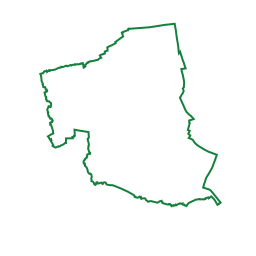 Bang Len, Nakhon Pathom, Thailand, rotated 346°
{"feature_id": "78962969B43519510241877", "entity_name": "Bang Len", "entity_type": "district", "adm_level": 2, "iso_a3": "THA", "parent_name": "Thailand", "parent_adm1": "Nakhon Pathom", "projection": "albers", "projection_center": [100.172, 14.035], "detail": "fine", "context": "isolated", "style": "outline", "palette": "green", "viewbox_px": 256, "rotation_deg": 346, "n_neighbors": 0, "source": "geoboundaries", "source_scale": "gbopen_adm2", "svg_char_len": 5613}
<svg xmlns="http://www.w3.org/2000/svg" viewBox="0 0 256 256"><g transform="rotate(346 128 128)"><path d="M197.0,66.6L195.5,67.8L195.6,66.2L195.9,64.8L196.3,62.2L196.8,57.4L197.0,54.5L197.4,50.1L198.1,44.5L198.1,43.5L198.5,38.2L188.3,36.8L183.4,36.4L173.4,35.5L154.0,32.2L152.4,32.1L152.5,31.8L152.3,31.8L151.7,33.2L150.6,33.1L146.2,33.7L146.2,34.0L145.1,34.0L145.4,38.0L142.7,39.0L138.1,40.9L136.5,41.5L136.7,42.6L133.6,43.5L128.4,44.5L127.7,44.5L127.3,45.1L127.3,46.6L126.8,47.5L126.8,48.0L124.4,48.1L124.3,48.4L123.9,48.5L123.5,50.2L121.9,50.1L121.8,50.4L119.2,50.4L118.2,50.8L119.0,53.4L117.8,53.5L116.7,53.8L116.3,53.9L116.0,54.3L115.0,54.6L113.9,54.5L113.4,54.4L112.3,54.6L111.4,54.5L110.5,54.5L108.9,54.3L108.4,54.4L108.1,54.2L107.7,54.3L107.2,54.1L106.5,54.5L105.5,54.3L104.8,54.6L104.6,55.2L104.1,55.0L103.8,55.2L103.5,55.3L103.3,55.6L102.7,55.9L102.5,56.2L102.0,56.2L101.7,57.0L101.3,57.0L101.5,57.9L100.2,58.6L99.6,58.7L99.8,56.4L99.8,54.1L98.5,54.0L98.4,54.2L97.9,54.0L97.6,54.1L97.4,54.4L96.8,54.2L96.2,54.2L96.1,54.3L95.9,54.2L95.6,54.2L95.2,54.3L94.6,53.9L93.5,53.8L92.9,53.6L92.7,53.7L92.1,53.3L91.7,53.8L89.3,53.2L87.9,53.6L87.5,53.0L87.1,53.0L84.6,53.5L84.3,53.3L83.8,53.3L83.6,52.8L83.4,52.7L82.5,52.6L80.3,53.1L79.2,52.9L78.5,52.6L78.2,52.5L78.1,53.0L76.2,53.0L76.1,52.8L75.6,52.9L74.5,53.0L72.3,53.5L71.0,53.7L67.7,53.4L67.1,53.2L66.5,53.3L66.5,53.5L65.7,53.7L65.4,52.8L63.1,54.0L63.1,53.2L62.8,52.6L62.2,52.9L61.4,53.0L61.1,53.0L60.9,52.8L60.6,52.7L60.1,53.1L58.7,54.3L58.5,54.1L57.9,54.3L57.0,54.2L56.0,54.3L56.2,56.4L56.0,58.8L55.5,61.5L56.1,64.6L56.1,64.9L55.7,65.1L55.8,67.9L57.5,68.3L57.5,70.9L57.5,71.0L58.4,71.1L58.4,71.9L58.6,72.5L58.1,73.0L55.6,73.4L55.6,77.5L56.1,78.0L55.9,79.4L55.6,79.4L55.4,80.5L55.9,81.2L55.9,82.3L56.9,82.8L57.6,82.9L57.9,83.1L58.6,84.4L59.2,84.9L59.2,85.9L59.0,87.0L58.6,87.9L57.9,89.0L57.3,88.8L56.7,87.7L56.4,87.6L56.1,87.7L55.1,89.5L54.2,90.4L54.0,91.2L54.4,93.8L53.9,93.9L53.8,97.5L54.4,97.6L54.6,99.7L55.1,99.8L55.2,100.3L56.1,100.3L56.7,102.5L56.4,102.6L56.4,103.0L55.6,103.2L55.6,103.9L53.6,104.1L53.4,106.1L54.1,106.2L54.2,107.6L54.5,112.1L54.2,115.2L51.7,115.7L48.3,116.8L48.7,117.6L49.5,120.4L50.7,120.2L50.7,120.6L50.4,120.7L50.6,121.5L49.9,121.7L51.4,126.6L50.6,127.1L50.9,127.4L50.9,127.8L53.1,129.5L53.9,129.4L55.9,128.9L56.2,129.3L56.5,129.4L57.8,129.2L58.6,128.7L60.2,128.6L61.7,128.2L63.2,127.3L63.6,127.3L64.2,127.5L64.5,126.1L65.1,124.2L65.3,123.1L71.9,124.6L71.9,123.3L73.4,123.4L73.6,122.6L74.5,122.7L75.7,116.7L81.1,119.2L82.0,119.5L88.7,122.4L87.7,127.9L86.2,128.8L86.1,131.4L86.2,133.3L86.0,134.9L85.9,135.3L85.2,135.8L85.2,136.9L84.5,137.8L84.4,138.4L84.3,139.3L84.5,140.1L84.6,141.5L84.5,142.1L85.1,142.6L85.3,142.8L84.9,143.9L82.9,143.7L82.0,143.9L81.4,146.0L81.0,145.9L80.8,146.6L80.4,146.9L80.4,147.0L78.6,147.7L78.5,147.9L78.6,148.3L77.8,148.7L77.0,149.3L76.7,150.0L76.5,151.8L77.5,151.9L77.5,153.2L77.0,154.2L77.8,155.3L78.3,156.4L78.5,157.4L78.6,159.0L78.5,160.1L78.6,161.4L78.9,162.2L79.5,163.2L80.4,163.1L81.1,163.9L81.1,166.5L80.7,167.3L80.4,167.6L80.1,168.1L80.0,169.1L80.0,169.8L79.7,170.7L80.5,171.1L81.3,172.3L81.6,173.2L81.6,174.2L82.3,175.2L82.4,175.3L82.6,175.3L83.1,175.1L83.4,174.6L84.0,173.3L84.1,173.2L84.4,173.2L85.2,173.3L85.1,174.3L85.1,174.5L85.4,174.6L86.3,174.8L87.6,174.5L89.2,174.6L89.3,174.8L89.5,175.7L89.6,175.9L89.9,176.2L90.3,176.0L91.3,175.0L91.7,175.0L92.6,175.2L92.9,175.4L93.2,175.8L93.3,176.3L93.3,177.0L93.8,177.8L95.5,178.6L96.2,178.8L97.3,179.4L98.6,179.5L100.6,180.7L107.2,185.5L112.6,189.9L117.2,194.3L117.8,195.2L117.8,196.3L118.2,196.3L118.3,196.8L118.9,196.9L119.2,197.4L120.7,198.0L122.7,197.4L123.0,198.1L123.7,197.9L123.8,197.9L123.8,198.2L123.4,198.5L123.3,199.1L123.5,199.6L123.9,199.7L124.0,200.0L125.2,199.8L127.4,200.3L127.6,200.5L127.9,201.5L128.2,202.6L129.4,203.7L129.5,204.3L130.8,204.5L131.6,204.3L132.4,204.4L133.4,204.9L138.4,207.6L141.5,206.7L142.0,207.0L143.0,206.8L143.1,207.4L143.1,207.8L143.4,208.3L143.2,208.7L143.7,208.9L143.8,209.5L147.9,211.8L149.0,212.2L149.3,211.7L150.1,212.0L150.2,211.9L150.4,211.9L150.6,212.3L151.1,212.9L151.1,213.3L151.0,213.5L151.0,213.8L151.5,214.5L152.3,214.0L153.3,213.9L153.4,214.3L154.0,214.0L154.4,214.5L155.2,214.5L155.4,214.2L155.9,213.8L156.3,214.1L156.5,214.6L158.0,214.1L159.7,213.7L159.7,214.0L160.8,214.1L161.7,214.4L162.5,214.4L162.2,214.9L162.3,215.4L162.6,215.6L163.9,215.9L163.9,216.3L164.4,216.5L164.5,217.0L165.3,217.5L165.8,217.9L166.4,217.4L166.8,216.8L167.5,216.4L168.3,215.7L168.9,215.4L169.6,215.2L170.8,215.1L172.3,214.7L174.2,214.4L176.3,213.9L176.6,214.0L177.6,214.1L180.4,214.2L180.5,214.7L184.2,215.4L184.2,215.6L185.9,215.7L186.2,214.9L188.0,214.9L188.5,214.8L189.0,214.7L189.4,215.8L192.2,214.5L194.4,218.2L194.9,219.6L196.2,224.2L198.0,223.4L198.1,223.6L199.8,222.8L193.4,209.1L192.8,208.2L191.6,207.1L186.5,204.0L188.1,201.2L191.5,195.8L192.2,194.9L196.5,190.7L200.0,186.9L204.4,180.6L207.7,175.5L200.0,170.2L196.9,167.4L192.7,163.2L191.2,161.5L189.7,159.4L188.8,157.6L188.4,156.4L188.2,155.5L188.0,155.2L186.5,153.8L184.6,152.4L185.3,151.8L186.6,150.3L185.1,148.2L187.2,145.8L185.6,144.4L188.9,138.6L189.1,137.1L188.8,137.1L189.2,135.5L191.9,135.4L193.9,135.2L193.1,133.5L192.0,131.7L191.5,130.9L190.3,129.4L188.8,126.8L188.1,124.6L187.7,122.5L187.5,120.9L185.7,111.1L186.7,110.3L188.2,108.6L189.6,107.5L190.2,106.6L190.9,105.8L191.0,105.5L190.9,105.1L190.9,104.1L190.7,103.0L190.9,102.8L191.6,102.4L192.0,102.0L193.3,98.2L193.5,97.2L193.8,94.8L194.0,89.4L193.9,86.2L194.0,83.7L198.3,84.1L197.9,79.2L197.9,77.9L197.7,76.6L197.5,75.1L197.0,66.6Z" fill="none" stroke="#15803d" stroke-width="2"/></g></svg>